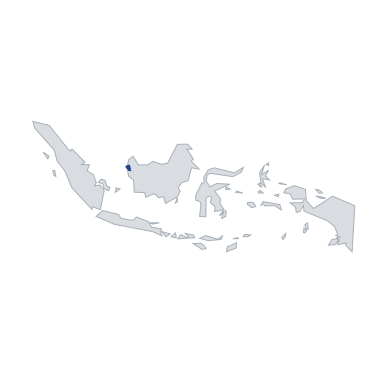 Mempawah, Kalimantan Barat, Indonesia (highlighted), rotated 5°
{"feature_id": "22746128B13218426778114", "entity_name": "Mempawah", "entity_type": "district", "adm_level": 2, "iso_a3": "IDN", "parent_name": "Indonesia", "parent_adm1": "Kalimantan Barat", "projection": "albers", "projection_center": [109.004, 0.347], "detail": "fine", "context": "in_parent", "style": "filled", "palette": "blue", "viewbox_px": 384, "rotation_deg": 5, "n_neighbors": 0, "source": "geoboundaries", "source_scale": "gbopen_adm2", "svg_char_len": 4868}
<svg xmlns="http://www.w3.org/2000/svg" viewBox="0 0 384 384"><g transform="rotate(5 192 192)"><path d="M130.1,161.5L136.4,169.8L145.7,168.7L150.5,164.8L158.7,167.1L165.1,165.5L173.3,145.8L183.5,144.7L188.3,149.3L183.2,149.8L190.5,159.1L188.5,161.2L197.1,168.6L189.4,167.9L187.0,181.3L181.2,183.3L177.9,188.6L180.0,192.3L177.8,198.2L166.6,205.7L164.0,199.1L159.4,200.6L154.6,196.9L146.2,201.4L145.0,196.7L134.6,197.2L132.7,185.1L127.5,181.8L125.2,173.5L126.1,165.3L130.1,161.5ZM27.3,135.5L43.9,138.2L64.9,160.1L67.5,161.8L68.7,159.6L82.8,171.7L79.4,174.3L87.4,173.8L85.7,180.0L92.3,183.4L95.8,190.9L94.4,194.5L99.7,193.0L104.4,198.2L102.2,217.5L94.2,215.4L93.9,218.1L72.2,198.5L63.2,181.7L55.1,173.2L51.1,162.3L29.8,142.0L27.3,135.5ZM355.4,191.5L356.7,237.6L349.5,231.3L350.2,229.4L341.4,231.8L342.7,227.2L340.2,224.9L341.1,224.5L342.5,224.7L343.3,224.4L339.1,222.7L341.0,222.1L337.0,213.8L329.2,208.8L305.3,201.3L304.2,195.9L301.1,202.0L297.7,203.2L296.4,197.8L290.7,194.3L303.1,192.9L304.6,189.1L293.0,190.4L290.2,185.5L283.5,184.7L285.3,180.6L293.4,176.8L304.8,179.4L306.6,190.5L314.4,197.9L332.4,184.0L355.4,191.5ZM239.4,168.1L231.4,173.1L208.6,171.8L205.8,173.7L205.0,179.6L209.4,185.4L215.8,181.4L229.2,180.9L214.3,189.0L221.1,196.3L220.9,201.3L225.5,206.8L216.2,209.5L216.4,204.8L211.1,200.7L212.2,195.2L209.4,194.7L206.6,196.7L208.0,215.5L201.7,215.7L202.0,204.5L200.9,200.8L196.6,200.0L195.9,195.2L201.0,182.2L203.4,181.8L202.5,176.3L206.3,168.6L212.1,166.0L232.6,169.2L241.0,163.1L239.4,168.1ZM104.5,218.2L120.8,220.8L123.3,224.4L135.9,225.5L138.8,221.8L151.1,225.3L154.6,230.5L164.7,231.4L164.5,235.7L165.9,238.3L156.3,234.9L117.8,231.0L98.6,224.7L104.5,218.2ZM259.8,168.8L266.6,163.5L263.6,169.6L268.3,173.2L261.0,172.7L265.0,181.2L259.7,176.6L257.6,166.8L261.8,159.1L259.8,168.8ZM263.6,195.4L280.7,196.9L282.5,202.1L275.5,198.4L266.0,199.5L263.2,197.4L261.5,199.9L263.6,195.4ZM225.2,236.7L212.6,239.1L203.7,237.5L209.4,234.2L221.8,236.8L226.1,233.1L225.2,236.7ZM188.8,233.8L197.3,234.8L198.8,237.3L181.9,239.9L184.6,235.3L190.4,237.8L192.3,236.9L188.8,233.8ZM240.7,238.8L241.0,243.9L231.5,248.5L231.9,243.6L240.7,238.8ZM104.4,187.9L106.7,193.6L109.9,194.4L108.8,198.0L104.0,196.2L102.5,191.6L97.8,190.6L100.2,187.2L104.4,187.9ZM338.9,232.1L332.5,233.1L335.5,227.2L340.4,225.9L342.0,228.0L338.9,232.1ZM205.2,242.3L209.2,244.6L211.0,247.3L207.0,248.3L197.6,243.3L205.2,242.3ZM254.0,197.1L256.7,200.9L252.8,202.4L248.3,199.6L248.5,197.3L254.0,197.1ZM165.1,234.0L174.0,235.7L170.0,238.8L165.1,234.0ZM179.1,234.2L180.4,239.0L175.1,238.4L179.1,234.2ZM120.0,195.3L115.6,199.0L116.0,194.4L120.0,195.3ZM309.8,212.7L311.0,218.8L309.0,219.2L307.2,214.7L309.8,212.7ZM162.2,225.5L155.4,227.4L152.5,226.4L162.2,225.5ZM227.7,207.9L227.8,213.5L223.9,215.8L225.3,208.4L227.7,207.9ZM40.2,165.3L46.3,168.6L45.5,171.6L40.2,165.3ZM55.0,188.4L52.6,187.2L51.5,182.6L53.4,182.5L55.0,188.4ZM286.8,231.4L285.4,229.2L289.0,225.1L288.9,228.7L286.8,231.4ZM278.8,175.1L285.8,176.5L277.9,176.1L278.8,175.1ZM236.3,187.1L242.8,188.6L235.7,188.6L236.3,187.1ZM224.7,210.7L221.3,213.4L224.2,208.4L224.7,210.7ZM314.9,178.5L318.5,178.9L322.1,181.5L318.8,182.2L314.9,178.5ZM254.1,229.6L251.7,231.7L246.9,232.0L248.1,229.7L254.1,229.6ZM309.7,219.9L308.2,222.8L306.6,222.7L306.6,218.2L309.7,219.9ZM263.1,186.7L258.9,187.3L257.7,186.3L259.5,184.5L263.1,186.7ZM315.7,185.2L320.9,185.5L325.9,186.5L321.1,187.2L315.7,185.2ZM225.4,183.9L229.8,185.7L225.3,186.8L225.4,183.9ZM266.0,158.8L263.1,158.4L265.8,156.2L266.0,158.8ZM236.7,235.1L241.5,233.4L242.1,234.4L236.7,235.1ZM278.9,186.7L278.2,189.3L274.5,188.0L276.4,187.2L278.9,186.7ZM178.3,202.7L176.4,204.5L177.9,199.1L178.3,202.7ZM258.8,177.2L261.1,180.7L260.2,181.2L256.9,178.5L258.8,177.2Z" fill="#d9dde1" stroke="#a8b0b8" stroke-width="1"/><path d="M125.1,172.0L125.0,172.3L124.9,172.4L125.0,172.4L124.9,172.5L125.0,172.6L125.2,172.8L125.2,173.0L125.2,173.3L125.1,173.5L125.3,173.8L125.4,173.7L125.4,173.8L125.5,173.8L125.8,173.9L125.9,174.0L126.1,174.1L126.3,174.3L126.5,174.5L126.5,174.8L126.6,175.0L126.8,175.3L126.9,175.5L127.0,175.5L127.3,175.7L127.4,175.8L127.5,175.8L127.8,175.8L127.8,175.7L128.0,175.8L128.3,175.8L128.2,175.7L128.3,175.6L128.2,175.4L128.2,175.2L128.1,174.5L128.1,174.4L128.3,174.2L128.2,174.1L127.9,174.1L127.6,174.1L127.4,174.0L127.2,174.0L127.0,173.9L127.1,173.7L127.3,173.7L127.5,173.6L127.8,173.4L127.9,173.2L127.7,173.0L127.7,172.9L127.5,172.7L127.4,172.7L127.4,172.8L127.4,172.7L127.2,172.6L127.2,172.4L127.3,172.3L127.3,172.2L127.5,171.9L127.6,171.7L127.5,171.4L127.4,171.4L127.2,171.4L126.9,171.2L126.7,171.1L126.6,171.3L126.4,171.4L126.3,171.5L126.2,171.7L125.9,171.7L125.8,171.8L125.7,171.9L125.7,172.0L125.7,171.9L125.7,172.0L125.4,172.1L125.2,172.2L125.3,172.1L125.2,172.1L125.1,172.0ZM124.6,172.3L124.4,172.4L124.5,172.5L124.6,172.4L124.6,172.3Z" fill="#3b82f6" stroke="#1e3a8a" stroke-width="1.5"/></g></svg>